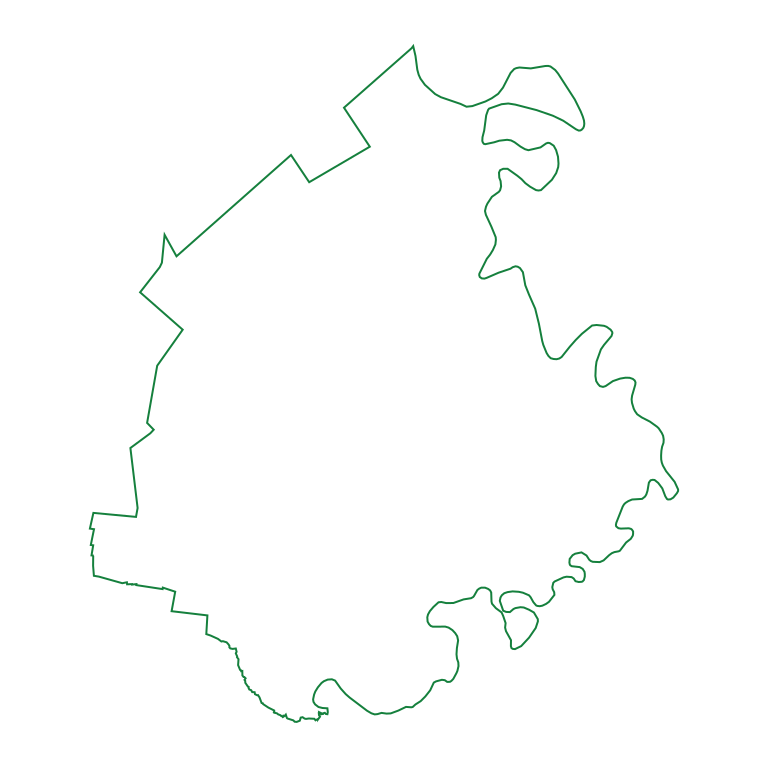 San Vicente Tancuayalab, San Luis Potosí, Mexico (Albers equal-area conic projection)
{"feature_id": "50627088B66323270500820", "entity_name": "San Vicente Tancuayalab", "entity_type": "district", "adm_level": 2, "iso_a3": "MEX", "parent_name": "Mexico", "parent_adm1": "San Luis Potosí", "projection": "albers", "projection_center": [-98.55, 21.813], "detail": "fine", "context": "isolated", "style": "outline", "palette": "green", "viewbox_px": 768, "rotation_deg": 0, "n_neighbors": 0, "source": "geoboundaries", "source_scale": "gbopen_adm2", "svg_char_len": 6093}
<svg xmlns="http://www.w3.org/2000/svg" viewBox="0 0 768 768"><path d="M327.4,708.3L322.5,708.0L318.5,707.0L315.1,704.4L313.5,701.9L313.1,699.4L314.1,694.6L315.3,691.5L317.9,687.3L321.5,683.0L323.9,681.2L327.7,679.6L331.9,679.3L335.1,680.6L340.7,688.5L345.7,694.1L349.7,697.6L367.0,710.7L371.4,713.3L374.7,714.4L377.5,714.1L381.5,712.9L386.6,713.6L390.7,713.4L398.3,710.6L406.0,706.9L411.3,707.3L412.7,707.0L415.4,704.5L420.7,701.1L425.3,696.5L430.2,690.3L433.8,682.6L436.0,681.4L441.9,679.8L444.8,680.2L447.2,681.9L450.0,681.8L451.4,680.9L453.3,678.9L456.4,673.2L457.4,670.9L458.5,666.1L458.3,662.4L457.0,658.7L456.5,654.3L456.9,648.1L458.1,640.5L457.2,636.2L455.2,633.1L452.4,630.1L448.6,627.6L445.2,626.6L432.8,626.7L430.7,625.9L429.0,624.1L427.6,621.6L427.3,617.3L428.0,614.5L429.9,611.1L433.4,607.0L438.5,602.3L441.3,602.0L446.3,603.1L453.4,603.0L463.6,599.4L471.1,598.2L473.2,597.0L474.0,596.0L477.4,590.0L479.2,588.6L481.2,587.7L485.1,587.7L488.1,588.9L490.1,590.4L491.2,592.5L491.5,601.6L492.0,603.7L495.9,608.2L501.3,612.2L501.8,612.9L503.2,616.0L505.6,623.1L505.1,627.6L506.0,631.2L511.0,640.2L510.9,646.2L511.5,648.1L512.8,648.9L515.0,649.1L521.2,646.1L529.1,637.6L535.7,628.0L537.9,621.4L537.8,619.1L533.9,612.5L529.0,609.7L523.8,607.5L520.4,607.2L515.4,608.1L513.5,609.0L509.9,612.1L506.1,611.9L503.2,610.7L499.8,600.9L500.5,597.5L501.8,595.3L504.3,593.2L507.6,592.1L512.6,591.4L518.8,591.8L522.9,592.7L529.0,595.3L530.6,597.2L533.4,602.2L536.1,605.4L537.2,605.9L539.7,606.2L542.3,605.7L546.1,603.9L549.0,601.8L554.4,594.9L554.2,592.2L552.7,589.3L552.3,587.1L553.3,582.8L554.6,581.5L563.5,577.4L566.6,576.7L571.6,577.1L573.7,578.5L575.5,581.2L578.7,582.0L581.6,581.8L582.5,581.5L583.9,580.0L584.8,576.6L584.8,573.9L584.5,571.8L582.7,568.9L579.7,567.1L571.7,566.2L570.3,565.3L569.8,564.5L569.4,562.6L569.7,558.9L572.6,555.2L575.2,553.7L581.5,552.4L586.5,555.5L589.2,559.7L590.8,561.0L592.7,561.8L599.8,562.1L603.6,560.4L609.1,555.2L611.8,553.2L614.4,552.1L618.7,551.3L619.9,550.7L626.1,542.5L630.8,538.8L632.8,535.6L633.1,533.8L633.1,531.4L631.9,529.6L631.0,528.9L628.8,528.3L620.8,528.6L618.4,528.2L616.2,526.4L615.9,525.0L616.3,522.8L622.7,506.6L624.0,504.4L625.5,502.9L628.3,501.1L632.1,499.5L642.1,498.9L645.0,496.6L646.3,494.5L647.5,490.8L648.9,482.6L650.6,480.3L652.7,479.8L654.6,480.0L658.2,482.9L662.3,488.4L665.3,496.3L667.0,499.0L668.0,499.5L670.5,499.3L673.3,497.6L676.9,493.2L678.1,491.0L678.1,489.4L674.6,481.8L666.1,471.2L662.9,465.6L661.8,462.6L661.2,459.5L661.1,455.6L661.4,450.7L662.1,446.7L663.5,442.8L663.7,439.4L663.1,435.8L661.8,433.0L658.7,428.3L657.0,426.7L649.9,421.6L641.9,417.5L637.2,414.3L635.0,411.2L633.7,408.6L632.0,402.9L631.6,399.3L632.1,395.6L635.3,384.6L635.5,382.4L634.7,380.5L632.8,378.9L629.6,377.8L625.5,377.7L620.1,378.6L612.9,381.1L605.6,386.1L603.0,386.9L599.9,386.1L598.0,384.0L596.2,381.1L595.4,376.0L595.8,367.0L596.5,361.7L600.9,349.4L604.1,344.8L611.5,336.0L612.4,333.1L612.2,332.0L610.7,329.8L606.6,326.8L604.0,325.8L596.6,325.0L592.1,325.5L581.9,333.8L575.8,339.9L569.8,346.7L561.6,357.0L559.3,358.5L556.6,359.2L553.6,359.0L550.7,358.2L548.4,355.9L546.6,353.0L543.3,344.9L542.2,340.9L538.9,323.7L535.2,308.7L529.0,294.6L525.3,285.3L522.9,272.2L520.0,268.1L517.7,266.7L515.5,266.3L512.7,267.2L510.5,268.7L498.6,272.7L486.6,277.9L484.4,278.6L481.8,278.4L479.8,277.0L479.2,275.1L479.4,273.6L486.8,258.8L490.1,254.6L492.9,250.0L495.4,244.4L495.9,239.9L495.7,237.2L491.4,226.7L485.9,214.8L485.0,211.0L486.0,206.7L487.4,203.6L491.9,196.8L498.9,191.8L500.1,190.2L501.1,186.4L500.6,181.1L499.3,177.7L499.0,172.6L500.1,170.2L503.2,168.8L507.6,168.8L517.3,175.7L521.6,179.2L525.4,183.2L530.1,186.7L536.0,190.1L538.5,190.5L541.0,190.1L551.9,179.8L556.2,173.1L558.2,167.1L558.5,163.6L558.0,156.7L556.1,150.1L553.7,145.7L549.8,143.1L548.0,142.8L546.2,143.4L540.5,147.4L528.4,150.2L525.0,149.2L520.5,146.6L514.5,142.2L511.0,140.4L507.1,139.8L499.3,140.7L494.1,142.3L485.2,144.2L483.8,143.8L482.8,142.4L482.3,140.9L482.5,137.2L484.2,130.5L486.2,115.3L488.1,109.9L489.1,108.6L501.6,104.2L508.3,103.5L515.3,104.6L536.6,110.1L552.8,115.7L563.2,120.7L576.0,129.3L578.8,130.6L580.5,130.4L581.8,129.6L583.3,127.9L584.0,126.1L584.3,123.8L584.0,120.6L582.8,116.6L580.7,111.4L574.8,99.5L558.1,73.6L555.2,70.0L550.5,66.5L548.2,65.9L545.3,66.0L530.8,68.4L519.4,67.5L516.3,68.1L514.2,69.0L510.6,72.9L503.0,87.6L498.2,93.8L491.7,98.3L485.4,101.5L472.3,106.1L466.5,106.7L460.5,103.9L440.9,97.2L435.2,94.1L424.9,84.8L420.5,78.7L418.7,74.8L417.3,69.7L415.5,56.0L413.2,46.1L411.6,48.2L344.0,107.7L369.8,146.7L309.2,182.2L291.0,155.0L176.5,256.3L164.6,234.8L161.9,262.7L159.8,267.1L140.1,292.3L182.7,329.7L157.2,365.7L147.1,422.9L153.7,429.7L150.3,433.3L130.4,448.0L137.6,508.0L136.0,516.9L93.4,512.9L89.9,528.6L94.0,529.2L90.8,545.0L93.2,545.3L91.5,555.4L93.6,555.6L93.2,555.7L93.1,565.8L93.9,575.8L98.8,576.6L122.3,583.2L126.9,582.3L127.1,584.3L132.1,584.1L132.1,584.6L136.4,584.1L136.3,585.1L162.6,589.1L162.8,587.6L175.2,591.7L171.6,611.2L207.4,615.4L206.3,634.1L210.5,635.5L218.0,638.9L221.4,641.5L222.9,641.2L226.6,642.3L228.5,644.4L229.4,645.8L229.4,647.4L230.3,648.4L232.6,648.9L235.8,648.5L236.6,651.8L235.8,653.3L237.2,656.5L237.0,657.2L238.5,659.2L238.1,665.1L240.1,669.9L241.0,670.3L241.2,671.2L242.3,671.0L242.4,675.5L243.6,677.0L244.3,677.0L245.6,678.3L244.5,679.9L245.2,680.8L245.3,682.8L247.7,686.3L248.7,687.0L248.5,687.8L249.3,689.5L251.2,690.2L252.2,692.1L254.6,692.2L255.0,694.2L257.3,695.3L258.0,695.1L259.5,697.4L261.6,703.0L262.8,703.3L263.1,704.1L268.4,707.6L274.2,710.5L274.3,711.5L273.8,712.2L274.1,712.7L276.9,713.3L278.2,714.4L280.2,715.1L281.2,716.0L281.7,715.9L282.8,717.1L283.6,716.6L283.7,715.7L284.7,715.9L285.8,714.6L286.9,718.0L287.5,718.5L293.4,720.4L294.6,721.7L296.7,721.9L299.8,720.7L300.7,717.6L302.6,717.2L304.6,718.6L306.0,718.9L308.9,718.5L314.4,718.8L315.5,720.3L318.1,718.9L318.1,719.3L320.0,716.7L319.0,715.2L318.8,712.9L319.3,712.7L319.2,712.2L320.9,713.0L320.7,713.5L321.0,714.3L323.1,713.9L323.1,713.3L324.8,712.8L325.9,714.0L327.4,714.2L327.8,712.1L327.4,708.3Z" fill="none" stroke="#15803d" stroke-width="2"/></svg>